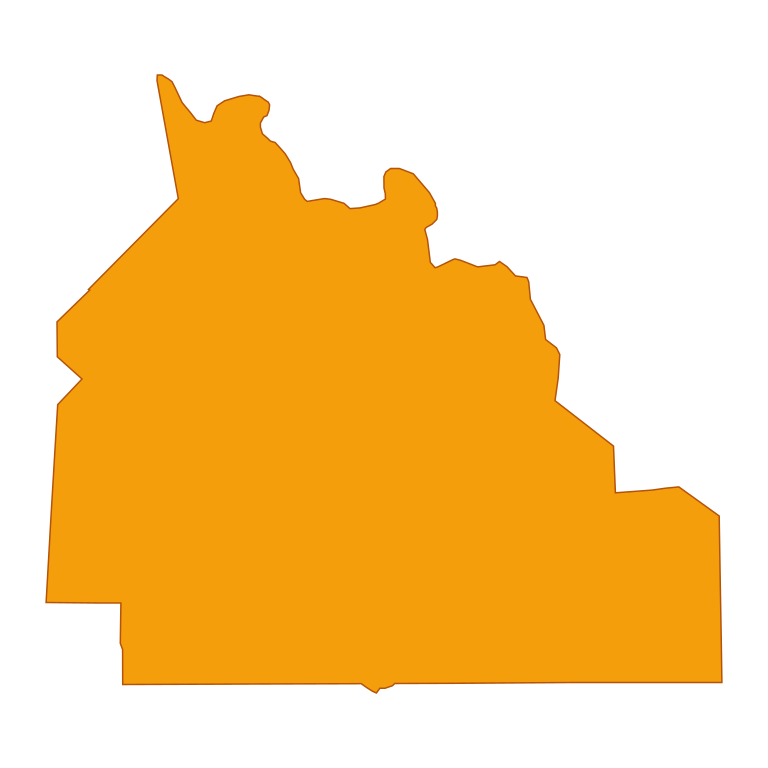 Foni Bondali, West Coast, Gambia
{"feature_id": "56634734B65915930660736", "entity_name": "Foni Bondali", "entity_type": "district", "adm_level": 2, "iso_a3": "GMB", "parent_name": "Gambia", "parent_adm1": "West Coast", "projection": "orthographic", "projection_center": [-15.934, 13.231], "detail": "fine", "context": "isolated", "style": "filled", "palette": "amber", "viewbox_px": 768, "rotation_deg": 0, "n_neighbors": 0, "source": "geoboundaries", "source_scale": "gbopen_adm2", "svg_char_len": 1680}
<svg xmlns="http://www.w3.org/2000/svg" viewBox="0 0 768 768"><path d="M499.5,261.5L495.0,264.8L477.6,266.9L460.3,260.2L454.9,258.9L452.9,259.6L439.5,266.1L437.6,267.0L435.0,267.7L430.3,262.3L427.5,239.5L424.8,229.5L426.1,227.5L432.1,224.1L436.8,219.4L437.4,216.0L437.4,212.0L436.7,208.0L435.4,205.9L435.4,203.3L429.3,192.5L413.3,173.8L400.7,169.0L399.2,168.5L395.2,168.5L390.6,168.5L385.9,171.9L383.9,176.6L384.0,188.0L385.3,193.7L385.4,199.1L378.7,203.1L375.4,204.5L360.0,207.9L350.0,208.6L344.0,203.3L330.7,199.3L325.3,198.6L324.0,198.6L307.3,201.4L304.7,199.4L300.6,192.7L298.6,178.6L293.2,169.2L290.5,162.5L285.2,153.8L281.1,149.1L275.1,142.5L270.4,141.1L267.8,138.5L262.4,133.8L260.4,127.1L260.4,123.0L263.7,117.0L267.0,115.6L269.0,110.3L269.6,104.9L268.3,102.2L264.3,99.5L261.6,97.5L259.2,96.1L259.0,96.3L248.8,94.8L238.8,96.5L224.6,100.8L217.1,105.8L213.8,113.4L211.3,121.0L204.7,122.7L196.3,120.2L190.5,112.7L182.1,102.6L175.4,88.4L172.0,81.7L168.7,79.2L164.5,76.7L162.0,75.0L158.7,75.0L157.3,75.0L157.0,80.5L178.3,198.7L88.5,289.4L89.7,290.1L57.0,321.9L57.3,356.8L82.0,379.0L57.7,404.6L54.9,450.9L51.1,514.8L46.1,602.5L98.9,603.0L120.9,603.0L120.3,643.4L122.6,649.5L122.7,682.2L122.7,684.5L253.4,684.0L356.1,683.7L361.1,683.6L366.9,687.7L372.4,691.2L376.4,693.0L379.9,688.2L384.9,688.3L388.4,687.1L392.5,685.7L394.7,683.5L452.4,683.3L572.7,682.5L721.9,682.5L721.3,643.1L720.1,573.6L719.2,516.0L678.8,486.9L665.5,488.2L652.0,490.1L615.4,492.8L613.5,446.1L555.0,400.7L555.6,396.5L558.2,378.1L559.8,354.6L556.5,347.9L545.6,339.5L543.9,325.3L530.4,299.3L528.7,281.7L527.0,277.5L515.4,275.9L507.0,266.7L499.5,261.5Z" fill="#f59e0b" stroke="#b45309" stroke-width="1.5"/></svg>